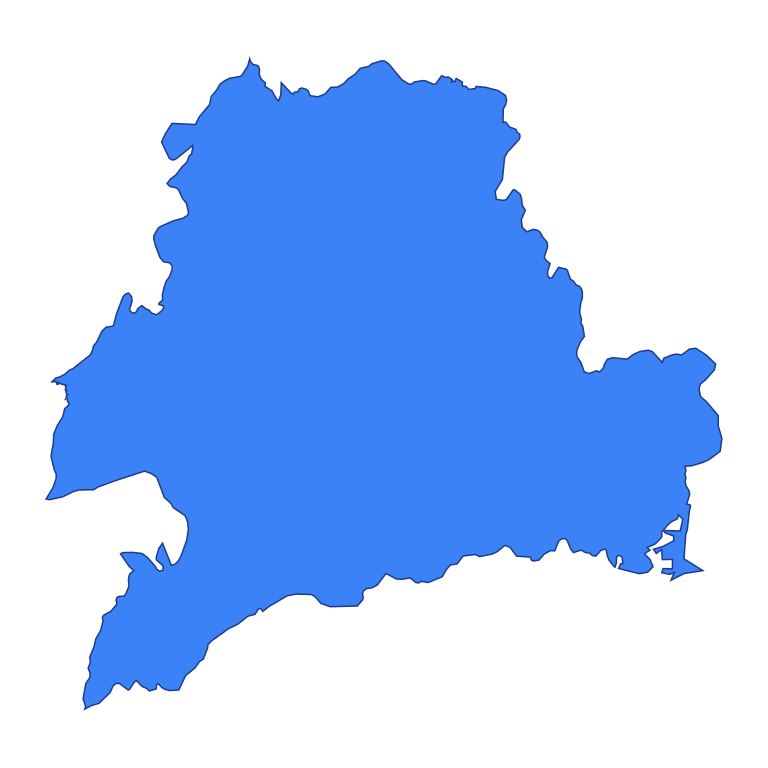 the district of Betioky Atsimo, Atsimo-Andrefana, Madagascar
{"feature_id": "10022922B63491232053463", "entity_name": "Betioky Atsimo", "entity_type": "district", "adm_level": 2, "iso_a3": "MDG", "parent_name": "Madagascar", "parent_adm1": "Atsimo-Andrefana", "projection": "robinson", "projection_center": [44.506, -23.693], "detail": "fine", "context": "isolated", "style": "filled", "palette": "blue", "viewbox_px": 768, "rotation_deg": 0, "n_neighbors": 0, "source": "geoboundaries", "source_scale": "gbopen_adm2", "svg_char_len": 5998}
<svg xmlns="http://www.w3.org/2000/svg" viewBox="0 0 768 768"><path d="M456.2,78.5L454.7,81.8L453.0,81.0L451.7,81.9L452.1,79.5L450.3,78.3L448.0,76.9L445.9,77.5L441.7,75.7L435.5,84.1L433.4,84.2L425.4,80.8L422.5,80.6L414.3,82.0L411.8,83.9L409.1,84.2L402.0,79.8L388.6,63.8L384.6,61.0L381.2,60.9L372.0,63.7L369.0,66.3L360.1,68.4L355.3,74.1L348.5,78.6L343.9,83.4L337.5,87.1L330.9,87.3L324.9,94.1L318.0,96.8L310.1,95.7L308.1,90.8L306.3,89.3L301.6,88.0L299.3,88.9L298.0,91.7L294.4,92.2L293.2,93.9L291.2,93.2L281.3,82.7L280.8,94.8L278.6,100.9L276.4,98.8L272.0,90.9L265.2,86.4L265.4,82.9L261.3,79.3L259.3,74.7L259.5,69.4L258.8,66.8L257.3,65.4L253.0,64.5L250.3,61.1L249.7,58.9L247.8,65.9L242.0,75.1L239.8,76.5L229.5,78.3L224.5,80.8L219.8,84.4L216.9,89.7L211.3,96.5L209.6,104.5L199.1,117.1L195.4,124.5L172.0,123.4L165.5,133.5L161.6,142.0L169.3,158.3L171.9,159.9L174.3,159.8L176.6,158.5L192.7,145.5L192.7,147.9L191.5,154.2L189.5,155.5L186.7,162.4L182.3,166.5L175.9,175.0L170.8,178.7L167.1,183.4L169.9,186.5L176.1,187.8L178.2,189.3L182.7,198.6L186.4,203.3L188.5,212.4L187.8,215.1L183.3,218.1L172.8,221.0L160.9,226.3L158.2,228.1L153.8,235.7L153.8,239.0L155.5,245.7L159.8,257.2L163.5,261.8L169.9,262.9L172.2,266.3L172.1,269.7L169.6,276.4L166.0,281.6L163.9,288.1L162.4,294.7L162.6,300.2L158.9,303.2L158.9,304.5L163.2,305.8L163.8,307.7L161.8,310.8L156.4,314.9L151.5,313.0L148.9,309.9L145.9,308.9L141.9,305.6L137.7,308.7L136.7,311.4L135.1,312.9L132.4,313.0L130.2,311.1L129.6,309.2L132.1,301.4L131.5,296.4L128.6,293.0L125.1,294.3L122.9,297.1L116.4,314.2L113.6,325.1L112.6,326.2L106.1,327.2L102.1,330.9L96.5,342.3L93.5,345.9L92.4,350.6L90.3,354.9L73.0,368.6L69.2,370.4L64.9,374.2L59.3,377.2L56.1,377.8L51.4,382.4L54.6,381.3L56.3,382.3L56.9,384.2L58.2,384.2L58.1,382.3L60.5,383.8L66.2,385.3L65.4,386.2L66.2,387.7L65.2,389.6L66.6,390.5L65.8,391.5L66.6,394.0L67.9,394.8L66.2,396.2L66.7,397.4L65.7,398.9L66.9,398.4L67.6,399.2L67.3,401.3L68.5,402.4L68.9,404.9L64.7,408.7L62.7,416.8L57.1,425.8L53.7,434.5L53.4,442.9L51.0,456.2L54.2,469.6L56.2,474.2L56.1,478.9L52.8,487.9L46.1,499.0L49.4,499.7L62.7,496.8L73.5,491.5L79.0,490.0L93.7,489.7L98.0,487.0L114.8,480.8L144.6,471.1L151.1,473.5L156.7,477.2L164.4,497.5L171.0,503.4L173.3,507.6L185.1,515.7L187.5,521.6L188.4,529.1L186.8,539.9L181.2,555.7L178.4,560.8L175.3,564.0L171.4,565.4L162.5,543.2L159.1,548.0L156.4,556.2L156.3,559.9L163.2,565.9L162.8,570.2L159.7,571.3L156.8,569.4L155.1,566.0L147.2,557.3L142.0,553.5L132.8,552.4L122.7,552.6L120.5,553.9L129.1,566.3L133.7,570.7L129.9,573.8L129.1,575.8L128.4,580.2L129.0,586.0L125.9,593.8L124.3,596.0L118.1,596.6L116.6,598.1L116.0,600.5L116.8,602.2L116.5,604.6L110.9,611.2L103.6,615.3L102.3,617.4L103.1,620.7L100.8,630.1L95.8,638.9L94.0,646.9L89.8,656.9L90.4,662.3L88.1,668.3L90.0,672.7L89.9,677.3L85.8,683.6L83.1,698.7L85.6,706.5L84.8,709.1L91.3,705.6L99.0,703.3L110.1,692.6L113.0,686.0L116.4,683.3L119.6,683.6L128.3,690.1L129.8,689.1L133.8,682.8L136.3,680.5L142.2,686.5L146.9,688.5L149.2,691.0L156.2,688.9L156.7,684.5L158.5,683.8L161.8,687.5L165.1,689.4L169.8,690.6L178.8,690.0L185.6,675.6L194.9,668.0L199.5,661.5L203.3,659.1L207.5,648.3L207.9,644.7L211.3,641.1L228.0,629.0L238.0,624.0L247.9,616.2L255.1,614.3L258.5,608.8L260.9,608.6L262.8,611.4L269.4,606.2L287.4,595.7L296.0,594.1L311.5,594.5L315.2,596.8L320.8,603.3L330.2,606.7L357.3,606.0L362.7,599.7L363.2,597.2L362.5,593.6L363.4,591.0L366.8,588.5L371.8,587.9L377.2,585.1L385.5,574.1L387.4,574.2L396.4,579.0L402.7,579.2L410.1,577.9L415.9,582.6L418.9,582.9L421.0,581.3L428.2,582.5L442.3,576.7L446.5,569.4L450.3,565.0L457.1,563.9L463.1,556.0L475.3,554.5L479.6,556.6L491.9,554.1L497.0,551.8L504.8,545.4L509.8,547.1L516.6,556.1L530.3,557.1L531.6,560.3L533.7,561.0L538.9,560.1L544.3,554.0L550.4,550.7L554.8,550.8L558.6,541.3L561.0,539.2L564.4,538.4L567.0,540.1L570.6,548.9L573.4,552.6L581.1,550.1L585.6,552.6L589.0,552.9L592.5,555.6L595.9,556.1L600.9,550.3L605.2,549.1L606.3,550.2L607.3,555.9L609.3,560.6L614.4,566.9L615.0,567.1L616.4,563.0L616.5,557.6L618.1,555.4L619.3,555.5L622.1,557.0L622.8,563.5L620.7,563.8L618.6,568.5L639.3,573.7L647.7,572.2L653.0,566.7L650.1,559.5L644.9,554.4L645.2,553.2L649.9,550.2L647.2,547.5L655.4,543.8L661.0,538.0L661.9,536.0L661.6,532.6L667.1,525.6L671.4,521.7L677.5,518.7L678.4,514.8L682.8,519.1L680.2,531.0L665.5,530.5L664.3,531.5L665.1,532.8L673.6,536.0L673.9,540.7L663.0,546.4L653.5,549.3L656.3,553.5L661.6,549.6L662.3,559.6L672.5,559.4L672.4,568.8L663.1,568.6L661.7,572.7L669.7,574.4L674.3,572.4L671.0,580.2L684.3,573.5L702.8,570.6L684.0,558.8L685.7,535.0L687.3,529.6L689.4,510.9L690.6,506.0L690.1,504.9L686.7,504.0L689.7,494.4L689.0,490.8L685.9,485.6L685.2,481.5L685.9,478.1L685.0,474.1L686.0,470.3L684.8,466.3L691.1,465.9L702.7,462.5L709.0,459.6L720.2,451.3L721.9,438.4L718.2,425.8L718.3,415.7L706.6,401.8L700.6,396.7L699.0,389.2L700.3,384.1L705.5,379.9L714.3,370.0L715.7,364.1L706.7,355.4L695.9,348.3L689.5,349.1L681.6,355.0L676.7,354.1L672.7,354.7L663.8,358.2L662.3,362.4L652.3,351.6L648.3,350.2L639.8,351.5L632.9,354.7L627.3,359.1L612.4,357.7L607.3,359.3L604.2,364.7L603.2,368.3L599.6,372.0L596.6,370.8L588.9,373.5L584.3,371.9L580.9,362.5L577.2,357.0L576.7,354.0L576.9,350.3L580.2,342.2L584.4,336.4L582.7,326.1L580.9,323.0L581.4,319.3L579.6,312.0L580.7,303.1L582.3,298.0L582.4,291.8L581.3,288.8L579.7,286.5L575.9,284.7L573.6,281.2L570.4,279.2L567.5,270.6L566.3,269.2L558.6,267.3L551.8,278.0L550.0,278.2L547.9,276.2L547.5,271.9L550.1,263.6L546.3,260.6L544.3,257.2L547.6,246.5L547.1,242.3L542.6,236.9L540.1,232.1L537.3,230.1L532.8,229.4L527.0,231.8L522.3,227.4L521.3,219.7L525.3,210.3L522.2,205.2L521.5,198.3L520.1,194.2L515.3,190.2L513.4,189.6L506.0,199.9L502.3,200.3L496.3,199.3L495.2,191.5L502.4,179.4L504.6,157.4L507.6,152.0L519.2,139.4L520.0,136.9L519.7,134.2L517.1,132.3L516.1,129.5L509.5,127.0L505.8,122.1L503.0,122.3L503.3,108.8L505.7,104.6L506.3,101.7L506.5,99.1L505.4,95.5L498.2,90.6L486.1,87.4L476.1,86.4L475.3,88.5L468.8,89.4L466.1,86.4L462.4,86.2L462.3,82.0L456.2,78.5Z" fill="#3b82f6" stroke="#1e3a8a" stroke-width="1.5"/></svg>